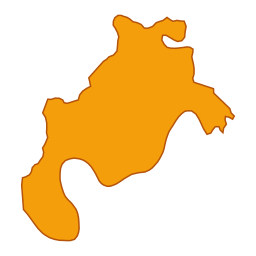 the district of Mondaí, Santa Catarina, Brazil
{"feature_id": "56859067B51062608837319", "entity_name": "Mondaí", "entity_type": "district", "adm_level": 2, "iso_a3": "BRA", "parent_name": "Brazil", "parent_adm1": "Santa Catarina", "projection": "natural_earth1", "projection_center": [-53.44, -27.106], "detail": "fine", "context": "isolated", "style": "filled", "palette": "amber", "viewbox_px": 256, "rotation_deg": 0, "n_neighbors": 0, "source": "geoboundaries", "source_scale": "gbopen_adm2", "svg_char_len": 2320}
<svg xmlns="http://www.w3.org/2000/svg" viewBox="0 0 256 256"><path d="M229.8,108.6L213.7,93.1L213.5,88.7L193.9,82.3L192.7,78.5L194.0,74.0L194.1,68.8L193.6,65.1L192.8,61.5L191.8,56.8L192.8,52.6L193.0,49.2L190.0,47.3L186.5,46.9L183.8,47.4L180.4,47.8L177.0,48.2L174.1,48.3L170.2,48.1L167.0,47.3L164.2,44.3L161.8,40.0L162.6,35.3L166.2,35.3L169.6,37.3L173.9,39.9L177.6,41.5L181.8,40.7L184.6,37.3L185.2,31.4L186.1,26.4L184.2,21.2L180.4,21.0L177.0,20.4L173.1,21.3L170.2,19.8L167.0,17.4L163.1,20.4L159.0,21.7L156.2,22.7L152.6,26.5L148.0,28.2L144.3,28.1L141.2,24.5L137.2,22.7L132.9,21.7L129.9,19.1L127.1,17.4L124.0,16.5L121.1,15.4L118.0,15.4L114.9,17.7L113.4,21.1L113.2,25.1L115.2,28.1L117.5,32.5L118.8,36.9L117.9,40.5L117.5,45.9L117.0,51.0L113.5,55.1L108.9,56.9L106.5,59.4L103.4,61.4L88.8,77.8L89.7,81.6L90.6,86.4L86.6,88.4L82.5,91.3L79.7,94.9L78.3,99.9L67.3,103.3L64.2,102.8L62.7,100.0L59.4,98.3L55.1,98.1L51.4,99.4L47.8,99.2L42.7,112.9L45.5,117.4L46.7,122.8L46.8,128.0L46.5,132.6L47.7,137.5L45.0,144.0L42.6,148.0L43.7,152.3L42.9,156.6L40.4,160.0L38.0,163.7L35.0,164.7L32.3,167.6L31.4,171.7L29.5,174.8L25.6,176.9L22.5,177.8L21.7,185.3L23.5,209.5L27.5,214.1L31.1,219.1L35.6,225.3L38.1,228.6L42.3,232.9L45.1,235.0L49.5,237.6L54.4,239.3L59.5,240.3L63.6,240.4L66.5,240.6L70.2,240.6L74.6,239.3L77.3,235.9L78.5,232.5L79.1,228.7L78.9,222.8L78.5,217.7L77.6,213.3L76.1,209.4L74.1,206.6L71.7,203.4L67.5,199.2L65.1,196.2L63.4,192.4L61.8,187.4L60.8,183.4L60.1,180.0L60.0,176.6L60.1,172.3L60.6,168.3L62.0,164.3L65.4,160.5L70.0,158.8L74.2,158.1L79.3,158.8L83.0,160.0L85.5,161.4L88.3,163.6L91.2,166.7L94.2,171.3L95.8,174.1L97.6,177.7L99.2,180.9L101.3,183.4L103.8,185.1L107.3,186.3L110.2,186.2L112.9,185.3L116.3,183.9L120.0,181.6L124.1,178.7L128.0,176.4L131.7,174.3L138.0,172.8L142.1,172.3L145.2,171.9L149.2,170.1L152.0,168.1L154.4,165.6L157.6,161.9L159.5,158.9L161.2,155.7L162.8,152.5L163.9,149.2L165.0,144.2L166.1,139.5L167.3,135.9L168.9,131.8L171.1,128.2L172.9,125.5L176.1,120.3L178.7,116.7L181.8,113.6L184.8,111.3L187.6,110.8L191.6,110.9L195.9,114.0L199.1,119.2L201.2,123.7L203.5,128.7L207.0,134.3L210.9,133.0L212.6,130.0L215.3,126.7L219.0,126.7L220.2,130.0L222.9,132.7L223.6,128.2L226.4,124.2L225.1,120.1L225.4,116.5L228.7,117.1L232.6,119.2L234.3,116.1L231.1,112.9L229.8,108.6Z" fill="#f59e0b" stroke="#b45309" stroke-width="1.5"/></svg>